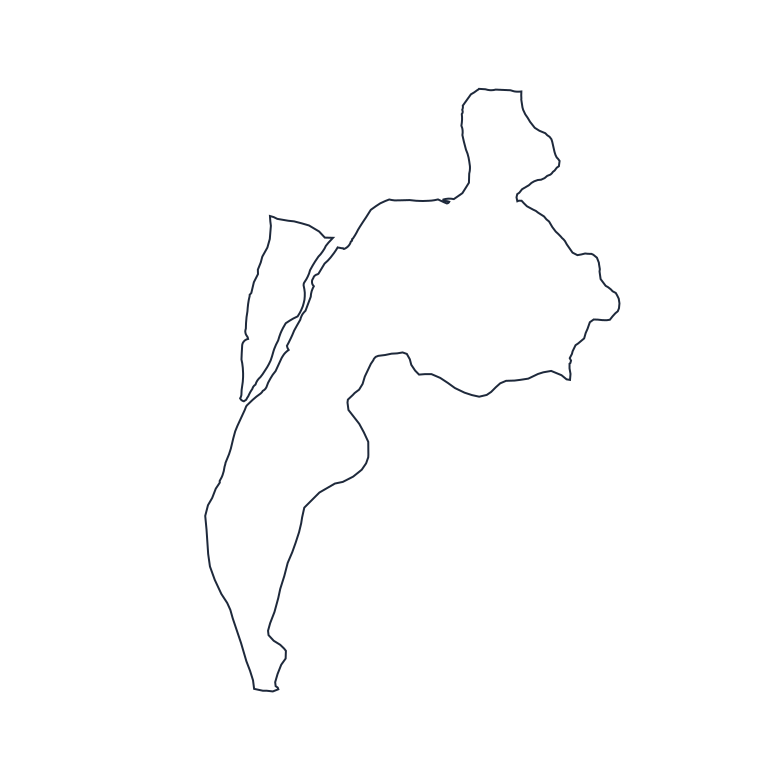 Qanatir Al-Khayriyya, Al Qalyubiyah, Egypt (Mercator projection), rotated 58°
{"feature_id": "37247803B61234943331501", "entity_name": "Qanatir Al-Khayriyya", "entity_type": "district", "adm_level": 2, "iso_a3": "EGY", "parent_name": "Egypt", "parent_adm1": "Al Qalyubiyah", "projection": "mercator", "projection_center": [31.132, 30.214], "detail": "fine", "context": "isolated", "style": "outline", "palette": "slate", "viewbox_px": 768, "rotation_deg": 58, "n_neighbors": 0, "source": "geoboundaries", "source_scale": "gbopen_adm2", "svg_char_len": 6166}
<svg xmlns="http://www.w3.org/2000/svg" viewBox="0 0 768 768"><g transform="rotate(58 384 384)"><path d="M447.7,154.2L446.6,150.3L446.2,147.2L444.3,144.6L440.4,141.6L436.0,139.7L432.2,139.3L429.6,139.2L426.5,141.0L423.9,141.5L420.6,142.7L418.2,144.0L409.8,144.7L402.8,141.6L401.0,140.1L396.4,138.2L395.0,137.5L389.7,136.5L385.3,138.0L383.6,139.1L381.7,142.0L379.9,144.3L378.7,148.0L377.2,151.7L372.5,154.5L362.5,155.0L358.7,154.8L356.5,155.1L354.4,155.7L352.8,155.9L349.1,156.7L345.8,157.6L340.2,158.1L333.7,157.9L330.5,159.0L326.7,159.5L320.4,162.5L317.7,163.5L315.2,165.1L309.0,168.6L304.8,169.6L301.5,170.2L300.0,172.5L299.7,174.1L295.9,172.7L293.6,170.4L293.5,167.9L292.0,163.7L292.2,155.7L291.6,152.4L291.7,149.2L292.5,145.5L294.0,142.5L294.5,138.7L294.0,135.3L294.6,131.9L294.3,130.1L293.6,128.3L293.4,126.2L292.1,122.8L292.0,120.3L287.9,116.9L285.2,117.1L283.4,117.5L280.6,117.2L277.5,116.4L267.8,113.0L265.1,112.3L262.1,112.6L259.6,113.7L256.8,114.3L251.6,118.0L246.6,120.4L239.1,121.2L234.4,121.1L230.2,121.3L225.2,120.7L222.8,120.0L215.4,116.8L214.5,116.1L212.0,114.7L208.7,112.5L207.6,114.7L206.5,116.4L205.2,118.1L204.2,119.1L201.9,121.1L193.5,133.3L192.9,135.0L192.4,136.1L191.1,138.3L189.5,140.2L187.8,141.8L184.0,147.1L184.3,148.0L184.2,148.7L184.5,153.1L184.4,156.8L189.7,169.7L190.8,170.2L191.7,170.9L192.5,171.7L193.0,172.4L194.0,172.6L195.0,173.1L195.8,173.9L196.3,175.0L198.9,176.3L201.3,177.8L203.6,179.5L206.0,181.5L208.6,182.1L210.7,183.0L212.7,184.2L214.4,185.6L220.7,187.8L227.1,189.8L228.7,190.3L232.9,191.1L236.8,192.3L240.5,193.8L244.8,195.7L246.5,196.7L248.7,198.3L250.8,200.3L258.3,205.3L260.8,210.4L263.7,216.4L264.2,226.8L262.5,228.8L260.9,231.2L259.7,233.8L259.0,235.9L259.3,236.2L259.8,236.4L260.2,236.4L260.5,236.2L260.9,235.9L261.6,234.6L262.2,233.8L263.2,232.8L264.0,232.1L264.3,232.6L264.5,233.4L264.5,233.9L264.3,234.7L264.2,235.0L261.8,236.7L256.1,240.4L254.9,243.7L253.7,246.4L252.3,249.0L249.5,253.9L248.0,256.2L245.6,259.7L241.6,264.8L237.3,272.1L234.0,277.6L232.2,279.8L230.3,281.8L229.5,286.0L228.8,291.4L228.9,296.6L229.3,302.9L233.2,311.0L235.4,315.9L237.8,321.0L239.5,324.4L241.0,326.9L242.5,329.7L244.1,333.1L244.2,333.7L244.3,334.4L244.9,334.6L245.4,335.1L245.7,335.8L245.6,336.6L246.8,338.1L247.3,339.0L247.8,340.1L248.3,341.8L248.5,343.4L248.5,344.9L248.3,346.3L248.1,346.6L247.8,346.8L247.2,346.8L246.2,348.2L245.0,349.4L244.2,350.4L243.6,350.9L245.0,353.7L246.4,356.9L248.4,362.2L249.6,366.3L250.4,370.6L255.7,381.0L255.8,382.0L255.4,383.6L255.4,384.6L255.5,385.7L255.9,386.7L256.8,388.0L257.6,389.5L258.4,390.4L259.3,391.0L260.3,391.5L261.3,391.8L262.4,391.9L263.9,391.7L265.1,393.7L266.9,396.1L269.0,398.2L271.2,399.9L280.3,411.8L280.6,413.1L281.1,414.8L281.8,416.5L282.4,417.5L283.8,419.5L285.1,420.9L288.2,426.7L291.1,431.9L293.8,435.7L295.7,438.6L298.5,443.1L300.2,446.1L302.3,446.7L303.2,446.8L304.6,446.8L304.8,449.0L305.2,451.1L305.8,453.1L307.0,455.7L307.8,457.2L315.6,469.1L317.2,473.5L319.2,477.5L321.5,481.6L324.4,485.4L325.2,487.0L325.6,488.7L325.6,490.5L326.3,491.9L326.7,493.6L327.1,498.9L327.8,503.6L329.4,511.3L329.9,512.7L332.2,515.8L341.9,530.6L345.3,535.3L350.3,540.7L357.6,548.1L361.4,552.6L366.8,560.1L367.8,561.0L369.7,563.1L373.0,566.1L375.8,569.3L377.0,571.0L379.2,574.8L380.6,575.5L383.6,582.1L389.6,590.1L393.5,597.5L401.1,605.5L413.5,611.7L435.0,623.2L446.5,628.3L460.4,631.3L475.9,633.2L486.6,633.0L494.1,634.0L502.7,636.5L527.9,642.5L546.1,647.6L556.3,649.6L565.9,652.1L573.7,655.7L579.9,649.3L581.9,646.1L585.8,641.2L586.9,635.4L585.2,635.0L582.8,636.0L579.2,634.3L573.5,627.9L567.6,619.9L564.7,612.9L558.3,608.6L555.5,608.9L550.2,610.2L543.3,613.6L535.8,615.0L531.8,613.1L526.5,607.3L519.3,597.7L509.5,587.1L502.8,580.6L494.0,570.3L484.7,560.5L478.0,550.9L471.9,543.2L464.7,534.6L458.3,528.1L453.7,524.1L446.6,517.1L441.8,496.3L442.4,478.4L445.2,470.8L446.2,459.2L444.9,448.3L441.8,441.2L437.8,436.2L435.8,434.8L424.7,428.0L414.3,426.7L404.7,426.1L387.2,427.9L380.4,424.8L378.1,422.9L376.8,416.3L376.1,413.7L375.6,408.1L372.6,402.1L367.5,396.3L359.9,384.4L358.2,380.5L357.4,379.4L356.9,377.9L356.6,376.6L357.1,373.9L360.0,367.7L362.3,361.5L365.0,356.6L367.1,351.5L370.6,348.7L376.7,349.0L382.2,350.7L389.1,350.5L394.6,349.3L397.2,344.3L400.8,338.5L408.6,333.1L416.9,329.3L425.0,326.0L434.0,320.3L440.0,315.3L445.2,310.0L447.7,302.7L447.5,297.3L446.0,290.9L445.0,285.1L446.0,278.8L450.3,271.4L452.8,266.0L455.9,258.8L457.1,248.1L458.5,242.7L461.5,235.3L470.6,228.8L476.8,226.7L479.1,224.1L474.3,220.5L469.1,218.4L465.1,215.9L465.0,214.9L463.3,213.0L460.5,212.8L458.1,208.7L456.2,206.7L452.6,201.0L452.5,197.9L451.4,190.1L447.6,185.9L445.1,182.2L440.7,176.7L440.4,172.0L442.7,168.6L445.6,164.9L447.9,161.4L449.2,158.4L447.7,154.2ZM181.1,391.7L185.8,394.2L189.9,396.1L200.5,404.0L206.5,410.6L211.5,419.7L215.6,424.1L220.2,430.4L224.0,432.6L228.7,440.4L236.5,448.3L237.2,450.7L238.2,451.3L240.9,454.0L244.1,456.8L247.4,459.4L250.0,461.3L254.4,465.1L259.2,468.7L263.8,471.8L264.9,473.0L265.9,473.8L267.0,474.3L268.1,474.7L269.8,474.9L271.6,474.8L272.7,475.0L273.8,475.4L273.4,476.6L273.3,477.8L273.3,479.0L273.5,479.8L273.9,481.0L274.2,481.7L274.9,482.7L275.8,483.6L282.3,488.2L287.7,491.9L291.2,493.2L295.5,495.2L300.4,497.9L303.4,499.8L307.3,502.6L313.6,507.9L317.8,510.8L319.1,512.2L319.9,513.6L321.2,513.6L322.2,513.4L323.4,512.8L324.4,512.0L324.3,509.2L323.2,507.3L322.5,505.7L321.2,503.7L319.7,501.1L318.3,498.1L317.7,497.4L317.1,496.4L316.6,495.0L316.4,493.3L315.0,491.5L313.9,489.5L313.1,487.3L312.7,485.3L311.4,481.8L307.9,474.3L306.2,471.2L304.0,467.7L301.2,464.3L297.6,460.3L296.1,458.5L293.4,454.7L291.0,450.7L288.3,447.6L286.1,444.8L284.8,442.9L283.0,440.0L280.8,435.9L280.4,435.1L280.3,430.0L280.4,426.2L280.9,421.4L279.0,417.6L277.4,415.0L275.0,411.6L272.9,409.3L270.4,406.8L267.6,404.7L264.6,402.8L261.4,401.3L257.7,399.9L256.5,399.0L255.8,398.1L254.0,394.3L252.6,391.9L250.6,389.0L248.3,386.4L245.7,381.7L243.6,377.5L241.2,372.1L240.4,369.1L239.1,365.8L237.6,362.6L236.1,360.2L234.7,356.2L233.0,349.8L228.5,356.6L220.3,358.2L209.8,363.6L204.2,368.6L198.4,374.1L194.8,378.7L187.4,387.0L184.0,389.1L181.1,391.7Z" fill="none" stroke="#1e293b" stroke-width="2"/></g></svg>